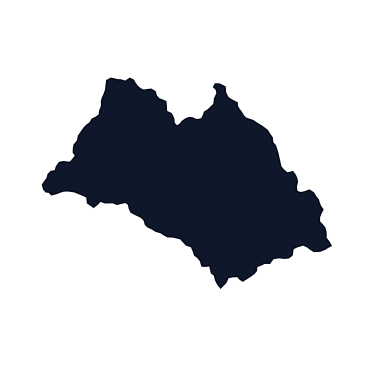 outline of Tombos, Minas Gerais, Brazil, rotated 43°
{"feature_id": "56859067B96158848601307", "entity_name": "Tombos", "entity_type": "district", "adm_level": 2, "iso_a3": "BRA", "parent_name": "Brazil", "parent_adm1": "Minas Gerais", "projection": "albers", "projection_center": [-42.069, -20.891], "detail": "fine", "context": "isolated", "style": "filled", "palette": "ink", "viewbox_px": 384, "rotation_deg": 43, "n_neighbors": 0, "source": "geoboundaries", "source_scale": "gbopen_adm2", "svg_char_len": 2582}
<svg xmlns="http://www.w3.org/2000/svg" viewBox="0 0 384 384"><g transform="rotate(43 192 192)"><path d="M91.1,289.8L93.5,286.1L95.6,281.9L97.1,279.1L100.3,275.8L105.7,272.0L115.6,268.2L118.7,267.4L123.1,271.2L130.4,270.2L131.1,265.3L131.1,261.1L135.7,259.2L141.2,253.8L145.5,252.1L148.3,247.8L150.5,244.7L154.2,244.4L157.3,246.7L161.0,248.3L165.0,247.3L168.4,246.2L171.8,245.1L176.2,245.1L180.1,247.5L183.4,247.6L187.6,246.2L192.2,245.3L197.1,242.9L200.4,242.4L204.6,241.3L208.8,237.7L215.3,234.0L224.0,234.6L228.9,232.3L233.9,234.6L237.2,236.4L240.6,235.9L245.4,236.6L249.7,239.3L252.6,237.0L255.1,233.6L261.4,237.9L265.3,237.5L269.2,240.2L273.8,241.9L278.3,242.6L278.5,235.2L276.7,230.0L279.4,226.2L282.9,222.6L286.6,223.0L289.8,222.5L290.7,219.1L292.1,213.5L292.9,209.3L292.7,205.7L290.1,202.2L291.7,199.3L293.7,194.4L297.3,191.2L296.7,185.4L300.1,180.9L305.0,177.1L307.5,174.2L308.2,170.0L304.5,164.6L306.2,160.2L309.4,154.8L313.9,153.3L317.1,153.1L321.7,152.2L325.9,147.9L328.1,143.4L329.0,139.8L330.3,136.4L326.0,135.1L321.2,134.3L318.7,131.4L316.2,129.3L313.3,127.6L309.6,127.1L305.2,126.8L302.3,123.5L300.9,120.1L299.6,115.6L295.6,114.8L292.6,113.4L289.8,111.7L285.5,111.0L281.3,109.8L276.5,110.7L274.6,114.8L272.0,118.5L268.3,120.1L264.6,117.2L262.0,112.7L259.1,110.6L255.8,109.2L251.8,108.5L249.0,113.2L243.9,113.5L239.7,113.0L236.5,110.8L232.4,108.0L228.3,105.2L224.9,103.2L221.2,101.2L217.2,100.9L213.5,97.6L209.2,96.7L205.0,95.6L201.1,96.0L197.4,96.4L192.7,97.5L187.9,98.2L184.7,99.7L180.9,101.4L176.8,101.1L173.7,100.0L169.9,99.4L166.4,98.3L164.2,96.0L160.5,97.1L156.9,98.0L153.6,98.4L148.5,96.4L144.4,92.6L138.5,94.4L135.4,97.1L136.2,100.4L139.9,100.4L143.1,102.7L144.8,108.1L148.2,112.8L148.0,116.3L147.8,120.8L146.7,124.9L148.2,128.3L149.2,131.7L147.5,134.6L145.1,136.6L142.1,137.4L139.4,139.3L137.7,142.6L136.7,147.1L137.1,150.9L135.9,154.3L132.0,153.9L128.3,150.7L123.3,148.9L118.3,150.5L114.1,146.4L111.1,143.8L107.8,145.0L104.4,146.4L100.6,146.2L96.5,143.8L92.0,144.8L89.3,148.0L87.3,150.7L83.8,151.8L80.2,152.0L76.6,151.4L72.8,150.2L69.1,151.3L67.8,156.7L63.8,158.5L60.7,161.0L55.2,164.1L53.7,168.6L56.6,172.6L59.2,176.0L61.2,180.6L62.3,184.1L63.9,187.2L67.3,190.6L69.1,195.3L71.6,198.7L70.9,202.8L69.3,206.9L70.3,210.9L69.6,214.2L69.4,218.2L70.1,223.6L70.8,228.4L73.4,232.5L73.7,237.9L75.9,241.3L78.4,244.0L82.1,244.6L82.5,248.8L82.8,253.2L80.4,255.4L77.5,257.4L74.9,260.9L75.7,266.1L77.6,269.8L74.9,273.3L74.9,277.4L76.8,280.8L77.2,285.0L77.9,288.8L81.8,291.1L85.1,291.4L87.7,289.5L91.1,289.8Z" fill="#0f172a" stroke="#020617" stroke-width="1.5"/></g></svg>